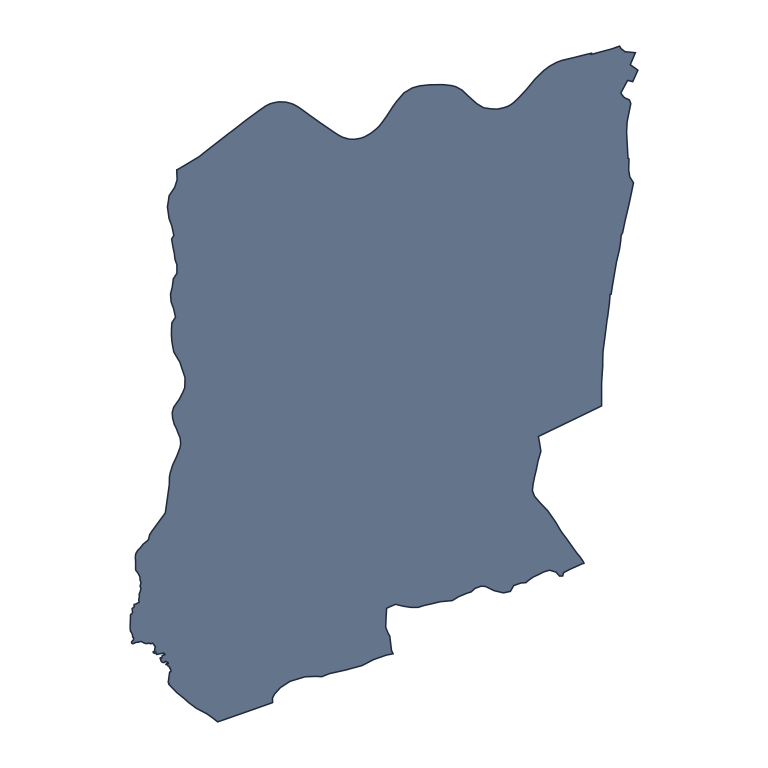 Oteapan, Veracruz, Mexico (Albers equal-area conic projection)
{"feature_id": "50627088B13566267376953", "entity_name": "Oteapan", "entity_type": "district", "adm_level": 2, "iso_a3": "MEX", "parent_name": "Mexico", "parent_adm1": "Veracruz", "projection": "albers", "projection_center": [-94.678, 17.988], "detail": "fine", "context": "isolated", "style": "filled", "palette": "slate", "viewbox_px": 768, "rotation_deg": 0, "n_neighbors": 0, "source": "geoboundaries", "source_scale": "gbopen_adm2", "svg_char_len": 4904}
<svg xmlns="http://www.w3.org/2000/svg" viewBox="0 0 768 768"><path d="M619.6,46.1L611.4,49.0L599.8,52.1L591.4,54.4L591.2,54.4L591.5,53.5L591.5,53.2L587.1,54.2L572.0,58.0L561.8,60.4L556.3,62.5L549.4,66.3L543.7,70.6L535.2,78.9L526.5,89.4L518.4,98.1L513.6,102.6L510.7,104.8L507.8,106.3L504.2,107.6L497.3,109.1L491.7,108.9L483.7,107.8L476.7,103.6L468.0,95.8L461.9,90.0L455.8,86.7L451.7,85.6L444.1,84.7L441.6,84.6L429.6,84.8L428.3,84.9L422.1,85.6L419.9,85.8L412.3,87.9L403.9,92.9L396.6,101.4L393.0,106.3L392.6,106.9L386.8,115.9L382.2,122.3L379.1,126.3L375.9,129.3L371.1,133.1L364.7,136.8L360.8,138.2L354.3,139.3L349.0,139.1L342.8,137.3L338.8,135.3L331.6,130.6L331.1,130.2L320.0,122.6L314.3,118.5L310.0,115.5L302.6,110.0L297.8,106.7L294.7,105.0L292.6,104.0L289.1,102.9L288.1,102.7L285.9,102.1L278.7,101.8L274.1,102.7L270.0,103.8L265.6,106.0L258.6,110.9L251.1,116.4L245.8,120.3L233.8,129.7L228.3,133.8L220.2,140.1L213.0,145.7L209.9,148.1L203.9,152.8L199.2,156.6L191.1,161.5L178.3,169.1L176.7,169.9L177.1,179.9L174.7,187.3L170.2,194.1L169.1,195.7L168.4,200.8L167.4,207.0L168.3,213.1L169.0,218.4L171.8,225.9L173.8,235.4L171.6,239.1L173.1,247.8L174.3,253.3L175.0,259.4L176.9,264.8L176.9,273.3L173.3,278.8L172.2,287.4L171.0,291.9L170.5,294.1L171.1,302.0L173.6,308.7L175.5,317.2L171.9,322.7L171.5,328.4L171.4,334.9L171.8,340.8L172.7,346.3L173.8,352.0L177.7,358.6L179.9,362.2L181.9,368.5L183.6,373.4L185.0,377.6L184.9,383.2L184.7,387.8L183.0,391.9L179.3,399.2L176.0,403.9L173.7,407.2L172.2,412.5L172.6,418.1L174.2,424.2L176.5,428.8L178.1,433.2L180.1,437.9L180.7,443.3L180.1,447.4L176.8,456.1L172.7,464.9L170.3,472.5L169.7,475.5L169.4,477.4L169.3,484.5L167.6,496.6L165.3,512.9L152.1,530.9L149.7,534.5L149.0,537.4L148.4,539.6L147.3,540.8L143.1,544.2L140.0,548.2L137.7,550.4L136.3,552.7L135.6,554.4L135.3,557.3L135.6,561.8L135.6,567.2L135.6,569.7L136.1,570.8L137.1,571.9L138.7,574.4L140.0,577.3L140.0,580.0L141.0,582.4L140.4,584.9L140.1,586.6L141.0,588.2L140.2,591.5L139.1,594.3L139.4,596.4L138.7,599.8L139.1,602.2L137.3,603.2L135.8,604.1L134.2,604.3L134.0,605.5L134.3,606.5L133.5,607.5L132.1,608.5L132.2,609.4L132.4,611.1L132.6,612.2L131.9,613.7L130.5,614.6L130.1,628.3L130.3,629.7L130.5,631.4L131.2,632.1L132.4,634.5L132.7,637.2L133.5,637.7L133.6,638.7L133.3,640.1L132.3,640.9L131.5,642.1L131.7,643.2L132.4,643.7L133.9,643.5L135.6,642.5L136.8,642.3L138.7,642.2L140.7,641.4L141.8,641.8L143.3,642.6L145.3,643.5L147.2,643.6L149.2,643.1L150.2,643.6L150.8,643.9L152.3,643.1L153.2,643.7L153.7,644.7L154.6,645.7L155.4,646.9L154.9,647.9L154.7,650.3L154.2,651.3L153.1,651.9L153.4,652.8L154.4,653.3L155.1,653.0L155.8,652.2L156.1,653.7L156.6,654.5L157.9,654.2L161.6,653.5L163.3,653.0L164.6,653.8L164.9,654.7L164.5,654.9L163.6,654.7L163.0,655.3L162.0,655.9L162.0,657.8L161.3,658.0L160.6,657.7L160.1,658.0L160.4,659.0L161.0,660.9L162.0,662.1L163.2,662.6L164.7,662.4L165.4,661.3L167.2,662.1L168.2,662.6L168.2,663.3L166.9,663.4L165.9,664.3L166.4,664.8L167.7,664.9L168.2,666.2L169.8,667.3L169.8,668.4L170.3,668.8L170.7,669.8L171.0,671.5L170.9,671.6L169.6,672.1L168.2,682.4L169.1,683.5L168.7,684.2L171.2,686.8L176.7,692.5L184.1,698.5L188.8,702.7L196.3,708.3L206.6,713.7L211.8,717.3L217.7,721.9L246.9,711.7L272.6,702.6L272.5,698.0L274.6,694.0L280.4,687.6L290.1,681.3L305.0,676.8L316.0,676.4L321.9,676.7L329.2,673.7L347.6,669.6L347.9,669.4L362.0,665.6L373.8,659.5L386.4,655.1L393.1,653.8L391.5,650.4L389.8,636.1L388.0,633.0L385.7,627.2L386.1,617.4L386.6,608.3L389.8,606.8L395.5,604.3L403.6,606.3L404.4,606.4L410.8,607.4L418.1,607.4L424.1,605.5L432.6,603.6L434.5,603.1L440.6,601.7L448.9,600.9L451.5,600.7L452.3,600.6L458.6,596.7L465.8,593.7L467.9,592.9L471.0,592.0L475.2,588.3L481.1,586.2L485.6,586.5L492.3,589.8L494.2,590.7L503.5,592.9L510.4,591.4L513.7,585.6L521.0,583.0L525.8,582.7L528.9,580.1L532.9,577.2L537.9,574.9L543.6,572.0L549.5,570.2L556.0,572.1L556.7,572.9L559.6,576.1L562.7,576.0L563.6,572.6L565.6,571.6L570.2,569.2L578.9,565.3L582.1,563.8L583.3,563.5L584.0,563.3L583.8,562.8L583.2,561.5L579.7,556.4L577.1,553.4L573.4,548.3L567.4,539.8L565.5,537.2L563.7,534.9L561.0,531.2L555.9,522.5L555.4,521.7L547.8,510.8L540.2,502.9L534.6,496.4L533.6,493.9L532.4,490.5L533.2,483.6L534.5,477.3L536.4,469.3L537.5,463.9L537.9,461.6L538.7,458.9L540.9,451.3L539.6,442.9L538.4,436.5L539.8,435.8L549.3,431.2L568.8,421.8L601.6,405.9L601.6,404.0L601.6,394.5L601.6,383.5L601.9,378.5L602.8,365.0L602.7,362.9L603.0,351.8L603.5,347.9L605.3,334.2L607.2,318.8L607.6,317.3L609.4,303.4L610.1,294.5L611.1,294.3L611.8,290.0L612.7,284.0L613.2,281.3L616.5,261.9L619.5,249.4L620.7,241.0L621.2,235.2L622.6,232.8L624.8,222.3L624.8,222.0L625.5,219.1L629.0,204.4L631.4,193.1L633.5,182.8L629.8,176.9L628.7,170.0L629.0,158.8L628.0,158.2L626.6,132.3L627.1,122.0L630.8,103.6L629.4,99.9L624.5,97.7L622.0,94.9L620.9,92.9L627.6,80.4L632.7,81.7L637.9,70.2L630.3,64.7L635.4,52.7L625.1,51.7L621.0,48.6L619.6,46.1Z" fill="#64748b" stroke="#1e293b" stroke-width="1.5"/></svg>